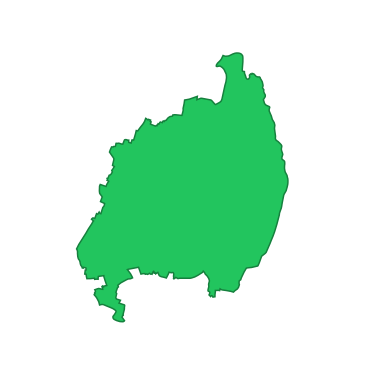 Thanh Liem, Hà Nam, Vietnam, rotated 200°
{"feature_id": "81297802B85424672096974", "entity_name": "Thanh Liem", "entity_type": "district", "adm_level": 2, "iso_a3": "VNM", "parent_name": "Vietnam", "parent_adm1": "Hà Nam", "projection": "natural_earth1", "projection_center": [105.93, 20.458], "detail": "fine", "context": "isolated", "style": "filled", "palette": "green", "viewbox_px": 384, "rotation_deg": 200, "n_neighbors": 0, "source": "geoboundaries", "source_scale": "gbopen_adm2", "svg_char_len": 6056}
<svg xmlns="http://www.w3.org/2000/svg" viewBox="0 0 384 384"><g transform="rotate(200 192 192)"><path d="M240.2,54.2L238.1,55.6L236.6,55.9L232.7,55.7L229.3,55.6L226.5,55.4L224.7,55.0L223.2,54.5L222.8,54.2L222.5,53.7L222.5,52.7L223.0,50.2L223.6,48.4L223.6,47.5L222.8,46.3L222.0,45.8L221.0,45.6L218.7,45.4L215.4,45.6L213.0,46.3L212.3,46.6L211.6,47.4L211.4,48.0L214.9,50.4L214.9,52.2L214.6,52.3L214.4,52.7L214.5,53.0L214.9,53.4L215.5,59.1L215.8,59.4L216.4,62.2L216.6,62.6L217.1,62.8L222.6,62.6L222.2,65.8L226.4,65.6L227.5,66.7L228.0,70.6L228.1,70.9L229.2,71.6L229.3,76.6L228.7,77.7L229.8,79.0L227.8,82.3L223.7,87.0L222.3,88.4L220.0,89.5L218.5,91.0L219.3,91.9L221.9,94.2L226.2,97.0L225.0,97.9L216.5,103.0L211.9,97.4L210.3,98.4L208.7,99.1L208.4,99.2L207.8,98.7L206.7,99.4L205.5,99.4L204.1,101.1L203.0,100.6L202.3,101.0L201.4,101.0L201.4,103.1L201.1,104.3L200.6,104.3L200.3,104.0L199.9,102.8L199.7,102.7L198.6,103.5L198.1,102.7L196.6,104.8L195.2,103.2L194.5,102.5L193.9,102.1L192.1,101.9L189.0,102.3L186.7,102.4L186.1,107.5L186.2,108.8L183.9,109.0L182.7,109.7L182.1,109.8L181.4,109.2L180.7,107.5L180.7,106.7L180.5,106.4L180.1,106.0L179.8,104.4L179.6,104.2L179.3,104.2L178.7,104.9L178.0,106.2L175.6,105.8L174.0,106.8L164.3,110.3L163.1,111.0L160.4,113.1L158.1,115.6L154.6,120.1L154.4,121.5L152.8,120.7L151.1,119.1L150.5,119.0L148.8,118.1L147.0,116.7L146.0,115.6L145.2,114.4L144.9,111.2L144.6,110.4L144.0,109.2L143.8,108.4L143.6,106.3L143.4,105.2L142.9,104.4L141.4,104.2L141.1,103.9L140.8,103.4L140.7,102.6L140.8,101.1L138.7,100.1L138.4,101.0L138.1,101.3L137.2,101.2L136.9,101.0L136.4,100.4L134.6,101.4L135.3,103.4L136.0,106.6L136.4,107.5L133.3,108.7L132.3,108.8L132.5,110.6L131.3,110.3L130.2,110.3L125.9,111.2L121.7,111.9L118.8,112.1L117.9,114.0L116.2,116.4L115.7,118.3L115.8,121.2L116.6,122.3L117.2,124.4L117.1,124.9L116.2,126.2L116.3,128.1L115.7,134.6L114.9,139.0L113.7,139.8L110.2,141.5L105.0,144.9L104.8,145.3L104.6,148.3L104.6,155.5L102.2,159.4L101.7,160.6L101.1,170.1L101.0,173.8L100.8,178.2L100.8,182.9L101.2,190.4L102.1,200.2L102.5,201.8L102.6,203.2L102.6,207.3L102.8,208.9L103.5,212.5L104.7,220.3L104.7,221.4L104.0,225.4L104.3,229.4L104.6,231.7L105.0,233.3L105.7,235.4L106.5,237.2L107.5,238.6L108.4,240.1L111.2,242.6L111.9,243.6L113.2,245.9L114.0,248.3L114.4,250.0L115.2,252.0L115.7,252.6L116.1,252.8L118.5,253.6L118.9,254.0L119.4,255.4L119.5,258.2L120.1,259.2L121.8,261.3L122.5,262.4L122.8,263.1L123.2,265.4L123.4,266.0L123.9,266.5L124.5,267.0L126.3,267.9L128.3,268.8L130.5,269.4L131.1,269.8L131.7,270.4L132.0,270.9L132.6,273.0L135.1,277.7L136.3,280.1L137.0,283.1L137.4,283.7L138.5,285.3L141.4,287.7L143.4,290.5L146.4,293.7L147.2,294.6L147.8,296.2L147.9,298.1L148.2,298.5L148.8,298.7L151.8,298.9L152.8,299.2L153.5,299.6L154.2,300.1L156.5,303.2L155.8,306.6L156.1,307.7L156.6,308.5L157.8,309.5L158.9,310.8L159.1,311.2L159.5,312.7L161.3,313.9L161.5,314.8L161.5,315.8L161.8,316.7L163.6,319.5L165.1,320.9L166.4,321.9L167.1,322.8L167.6,323.1L168.0,323.2L169.6,322.6L171.4,322.6L173.9,324.0L175.1,324.1L176.1,324.0L176.1,323.2L176.5,323.0L177.2,323.1L177.7,322.2L178.0,321.4L177.1,319.8L177.1,318.7L177.6,317.4L178.3,317.0L179.3,317.1L180.6,318.1L181.0,318.9L183.5,321.8L183.7,322.8L184.0,323.1L185.8,322.8L186.1,323.0L186.6,324.1L188.7,331.6L190.0,335.3L190.7,336.8L191.1,337.4L191.7,337.8L192.5,338.3L193.5,338.6L194.8,338.6L195.7,338.5L197.8,337.8L199.2,337.0L200.9,335.6L203.6,332.8L204.4,332.2L206.5,331.2L207.4,330.9L209.5,330.9L209.9,326.9L210.4,325.3L212.1,321.7L212.5,319.7L212.3,318.7L212.2,318.5L211.9,318.4L211.1,318.6L209.6,319.6L208.9,319.8L208.3,319.9L206.0,319.3L203.9,318.2L200.4,314.7L199.9,314.0L198.8,311.6L198.4,310.1L197.8,307.2L197.5,303.4L195.6,289.4L195.7,287.9L195.8,287.1L196.8,285.5L199.6,282.4L200.0,282.2L201.0,282.6L205.0,284.8L205.9,284.9L214.9,283.4L215.8,283.1L219.0,280.4L219.7,283.7L226.3,278.3L230.4,275.9L229.6,272.2L229.0,267.8L228.8,267.0L228.4,266.3L228.1,265.0L227.7,260.5L232.9,259.2L234.7,258.7L236.4,257.8L236.3,256.6L238.4,255.4L239.5,254.0L240.1,252.9L240.8,250.5L241.8,250.0L242.2,248.8L242.9,249.0L243.2,249.0L243.5,248.7L243.7,247.0L245.5,247.0L245.8,246.8L246.0,246.3L246.2,244.7L246.4,244.4L247.2,244.6L247.6,242.3L248.2,242.5L248.9,241.4L252.7,241.5L254.2,241.6L254.4,241.7L254.4,243.9L255.4,244.0L255.5,245.4L257.7,245.4L257.9,244.8L258.3,244.7L259.9,245.3L260.7,245.4L260.7,242.3L261.0,240.5L261.4,238.8L262.7,235.0L263.9,230.8L265.4,230.7L265.0,227.3L264.6,220.9L266.2,220.4L266.0,217.1L268.4,217.0L269.2,219.1L270.2,218.6L270.6,218.6L270.8,218.8L271.8,218.7L272.8,218.3L273.2,217.9L273.3,217.3L273.4,213.3L274.5,213.0L277.0,212.9L277.6,212.8L278.9,212.1L279.8,211.9L280.0,211.8L280.0,211.5L279.7,209.8L279.6,208.7L279.8,208.5L281.2,208.0L281.5,207.3L282.8,207.0L283.0,206.8L283.2,203.7L283.2,201.3L277.6,197.3L276.9,196.7L276.5,195.6L275.8,189.8L273.7,189.4L274.1,187.1L274.8,184.8L273.7,183.6L274.1,181.3L274.5,180.3L275.6,179.4L275.7,176.2L276.5,175.8L276.5,175.6L275.8,175.1L275.7,174.8L275.8,173.9L274.9,173.9L274.0,173.6L274.7,169.9L274.7,167.8L280.8,167.7L280.9,166.3L280.8,165.6L279.4,161.3L278.4,159.3L278.0,158.9L274.8,156.8L274.7,156.4L274.7,151.7L270.2,151.3L269.9,149.4L269.9,148.6L270.5,147.0L270.2,140.4L270.6,140.3L271.3,140.5L271.8,140.8L272.4,141.4L273.0,138.9L273.3,138.8L274.3,139.0L274.3,133.9L275.6,133.9L276.3,133.7L276.9,132.8L277.1,132.0L274.6,131.1L275.0,130.2L275.3,127.9L276.7,122.0L277.6,116.9L280.4,104.1L281.0,99.0L280.3,98.5L279.1,96.7L278.7,95.4L277.3,92.3L275.9,90.3L274.5,89.4L273.5,88.3L272.3,86.2L271.4,85.1L269.7,83.9L269.2,83.1L268.2,83.2L268.2,84.1L265.8,84.4L265.3,83.8L265.0,83.1L264.9,82.4L265.6,82.1L264.7,78.2L263.4,78.5L262.3,76.4L261.1,74.6L257.9,75.8L254.2,77.6L253.6,76.6L251.6,77.6L250.4,77.9L251.0,79.8L251.1,80.7L246.3,83.2L246.2,82.8L243.5,79.2L240.1,75.0L243.0,73.2L242.6,72.6L243.1,72.1L243.9,73.0L244.3,72.4L243.2,71.0L242.6,70.0L243.2,69.8L245.9,69.6L246.8,69.4L248.0,68.5L249.9,66.9L249.2,66.3L248.7,65.5L249.0,63.7L248.4,63.3L248.8,62.0L246.8,60.9L245.2,59.8L242.1,57.0L240.2,54.2Z" fill="#22c55e" stroke="#15803d" stroke-width="1.5"/></g></svg>